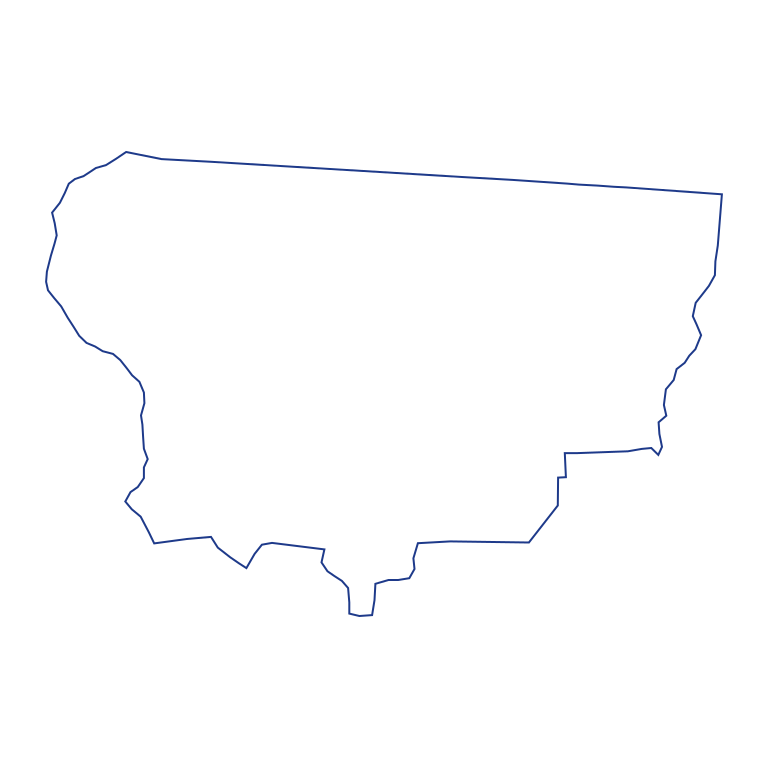 Nova Veneza, Santa Catarina, Brazil
{"feature_id": "56859067B1562580013950", "entity_name": "Nova Veneza", "entity_type": "district", "adm_level": 2, "iso_a3": "BRA", "parent_name": "Brazil", "parent_adm1": "Santa Catarina", "projection": "mercator", "projection_center": [-49.6, -28.698], "detail": "fine", "context": "isolated", "style": "outline", "palette": "blue", "viewbox_px": 768, "rotation_deg": 0, "n_neighbors": 0, "source": "geoboundaries", "source_scale": "gbopen_adm2", "svg_char_len": 1485}
<svg xmlns="http://www.w3.org/2000/svg" viewBox="0 0 768 768"><path d="M95.9,168.0L83.6,176.1L75.0,179.0L68.8,183.7L64.8,193.0L59.9,202.8L52.1,212.6L54.7,223.2L56.7,235.4L54.5,243.7L50.9,255.7L46.9,271.6L46.1,281.8L48.0,290.3L54.2,298.1L61.2,306.4L67.7,317.7L73.4,326.5L79.2,335.8L86.5,342.9L95.1,346.5L102.7,351.2L113.0,353.9L120.3,360.1L126.9,368.4L132.1,375.3L139.4,381.8L143.9,392.5L144.4,403.2L141.0,415.4L142.4,424.6L143.1,436.8L143.9,448.7L147.7,459.1L143.9,467.4L143.9,478.1L137.8,487.0L130.5,492.1L125.3,501.5L131.8,509.3L140.7,516.7L148.8,532.2L154.2,543.4L186.8,539.0L211.0,536.9L217.8,547.6L230.1,557.2L239.1,563.4L246.4,568.1L254.6,553.9L261.9,544.7L272.0,542.9L324.4,549.4L321.5,562.4L327.5,571.3L334.2,575.9L341.9,580.9L348.1,588.0L349.3,602.4L349.3,613.6L359.4,616.0L372.1,615.1L374.5,600.2L375.4,583.8L388.5,580.0L398.2,580.0L409.3,578.2L414.5,569.0L413.4,558.3L417.9,543.2L450.2,541.4L528.9,542.5L557.8,505.5L558.1,477.6L565.9,477.2L564.8,453.1L577.8,453.1L627.9,451.3L641.8,448.9L651.3,448.0L658.3,454.9L662.0,446.9L659.4,434.0L658.6,422.3L666.3,415.7L663.9,405.0L665.9,389.3L673.7,380.0L676.6,369.1L684.7,362.8L689.3,355.7L695.4,349.2L701.1,335.2L696.6,324.5L692.8,316.2L695.7,302.8L702.7,293.9L708.9,285.9L714.9,275.2L715.4,261.3L717.8,245.5L721.9,194.3L626.0,187.4L614.1,186.8L597.7,185.6L579.0,184.6L567.2,183.6L512.5,179.9L461.9,177.0L211.3,161.8L161.5,159.1L126.1,152.0L115.9,158.9L106.0,165.1L95.9,168.0Z" fill="none" stroke="#1e3a8a" stroke-width="2"/></svg>